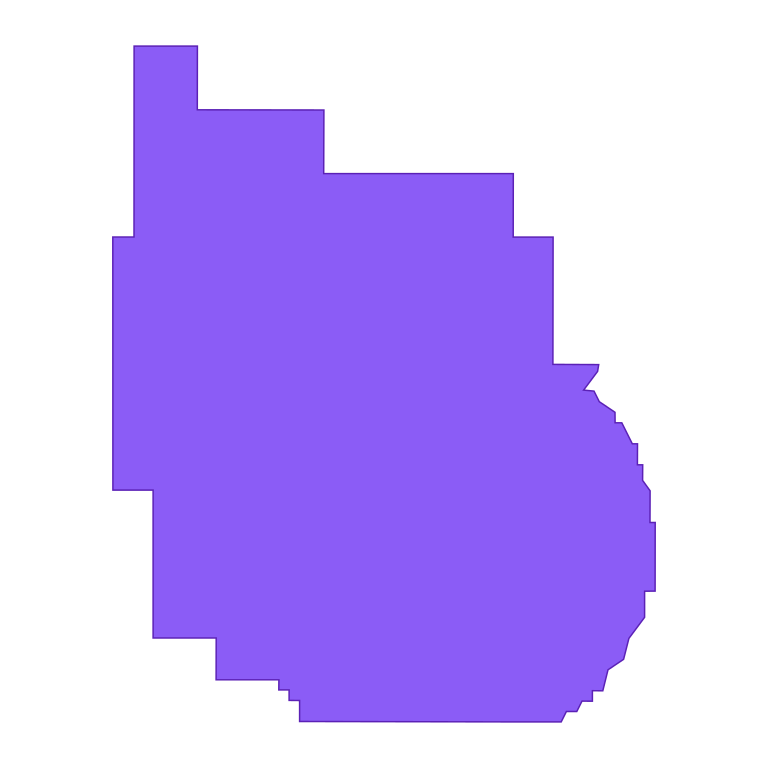 outline of Dawson, Montana, United States of America
{"feature_id": "52423323B95485896454849", "entity_name": "Dawson", "entity_type": "district", "adm_level": 2, "iso_a3": "USA", "parent_name": "United States of America", "parent_adm1": "Montana", "projection": "mercator", "projection_center": [-104.678, 47.326], "detail": "fine", "context": "isolated", "style": "filled", "palette": "violet", "viewbox_px": 768, "rotation_deg": 0, "n_neighbors": 0, "source": "geoboundaries", "source_scale": "gbopen_adm2", "svg_char_len": 766}
<svg xmlns="http://www.w3.org/2000/svg" viewBox="0 0 768 768"><path d="M508.4,721.9L561.2,721.9L566.4,711.5L576.8,711.5L582.0,701.1L592.4,701.2L592.4,690.7L602.8,690.8L608.0,669.8L623.6,659.3L628.9,638.4L644.6,617.3L644.6,591.2L655.1,591.1L655.2,522.5L650.0,522.5L650.1,490.8L642.6,480.4L642.7,464.8L637.4,464.8L637.5,443.8L632.3,443.8L621.8,422.8L615.1,422.8L615.0,412.3L599.3,401.7L594.0,391.1L583.6,390.1L597.6,371.4L598.7,364.6L552.9,364.4L553.1,237.1L513.2,237.1L513.3,173.6L323.7,173.6L323.9,110.0L197.3,109.8L197.4,46.1L134.1,46.1L134.0,237.0L112.8,237.0L112.9,490.1L153.1,490.1L153.1,638.0L216.2,638.0L216.1,679.8L278.9,679.8L278.8,689.9L289.1,689.9L289.1,700.4L299.6,700.5L299.6,721.5L508.4,721.9Z" fill="#8b5cf6" stroke="#5b21b6" stroke-width="1.5"/></svg>